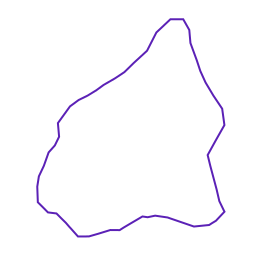 the district of Kakopetria, Nicosia, Cyprus, rotated 355°
{"feature_id": "46923920B80609054396383", "entity_name": "Kakopetria", "entity_type": "district", "adm_level": 2, "iso_a3": "CYP", "parent_name": "Cyprus", "parent_adm1": "Nicosia", "projection": "equal_earth", "projection_center": [32.895, 34.968], "detail": "fine", "context": "isolated", "style": "outline", "palette": "violet", "viewbox_px": 256, "rotation_deg": 355, "n_neighbors": 0, "source": "geoboundaries", "source_scale": "gbopen_adm2", "svg_char_len": 835}
<svg xmlns="http://www.w3.org/2000/svg" viewBox="0 0 256 256"><g transform="rotate(355 128 128)"><path d="M192.5,24.5L179.7,23.4L164.6,35.3L153.7,52.7L139.4,63.7L129.3,72.0L119.2,77.5L107.4,83.0L99.8,87.6L90.6,92.2L81.3,95.8L72.1,101.4L58.6,117.0L58.6,130.7L53.6,139.0L46.8,145.4L40.9,158.3L35.0,168.4L32.5,178.5L31.7,194.1L36.1,199.3L40.9,205.1L49.3,206.9L53.7,212.2L57.8,217.0L60.9,221.3L62.3,223.1L68.7,231.7L79.6,232.6L88.9,230.8L101.5,228.1L110.8,229.0L115.0,226.8L122.3,223.3L134.7,217.4L139.8,218.6L147.4,217.7L159.7,220.6L161.2,221.3L185.1,231.9L200.4,231.7L203.2,230.2L207.5,228.1L216.8,219.8L216.1,218.0L212.6,208.8L210.9,196.8L206.7,173.0L205.0,161.9L214.2,148.2L224.3,133.5L223.5,117.0L215.9,103.2L209.2,89.4L205.0,77.5L202.4,66.5L197.6,48.8L197.6,35.7L192.5,24.5Z" fill="none" stroke="#5b21b6" stroke-width="2"/></g></svg>